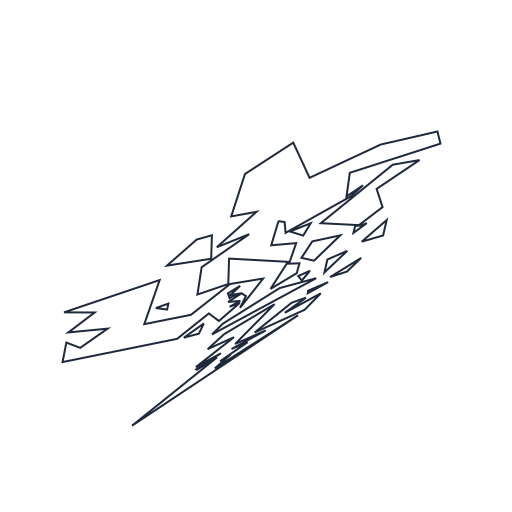 the Territory of Nunavut, rotated 147°
{"feature_id": "CAN-634", "entity_name": "Nunavut", "entity_type": "Territory", "adm_level": 1, "iso_a3": "CAN", "parent_name": "Canada", "parent_adm1": "", "projection": "equal_earth", "projection_center": [-85.605, 67.518], "detail": "medium", "context": "isolated", "style": "outline", "palette": "slate", "viewbox_px": 512, "rotation_deg": 147, "n_neighbors": 0, "source": "natural_earth", "source_scale": "10m", "svg_char_len": 1954}
<svg xmlns="http://www.w3.org/2000/svg" viewBox="0 0 512 512"><g transform="rotate(147 256 256)"><path d="M144.1,254.4L218.6,259.3L213.5,268.9L217.8,272.7L219.2,272.1L237.4,256.7L215.3,244.9L231.0,232.7L280.0,268.5L294.5,247.6L326.1,255.6L307.7,276.2L249.8,278.0L284.1,284.7L231.5,292.8L255.2,302.7L220.6,330.8L163.0,330.8L168.5,292.4L90.8,281.6L36.0,261.6L40.1,249.8L132.0,274.7L147.6,256.7L127.8,257.0L144.1,254.4ZM349.9,288.3L386.8,259.7L342.6,242.1L292.9,246.6L262.3,233.2L297.6,221.2L286.3,227.9L288.5,232.7L299.6,237.5L297.1,237.5L285.5,239.6L299.9,240.0L301.1,235.0L296.6,234.9L294.5,233.4L291.2,232.8L291.0,232.6L304.4,232.6L293.6,226.9L305.8,227.8L295.2,225.5L322.5,221.7L326.8,233.5L367.3,229.5L476.0,272.4L462.2,286.7L453.5,274.7L420.0,275.9L455.0,294.1L422.1,296.5L447.7,313.3L349.9,288.3ZM452.4,181.2L343.9,192.2L367.6,192.8L367.9,193.5L338.5,193.5L366.9,195.6L318.7,199.9L347.3,204.2L324.9,207.8L266.7,205.5L321.4,193.6L288.3,188.3L327.2,191.3L309.9,188.3L343.5,187.3L331.0,187.2L351.7,184.2L253.0,183.4L452.4,181.2ZM123.2,228.1L152.8,225.8L183.8,248.2L91.6,258.1L66.6,247.4L118.3,246.6L123.2,228.1ZM222.0,189.4L244.5,184.4L298.8,192.6L251.5,197.4L236.8,193.8L262.8,192.7L222.0,189.4ZM335.6,214.2L320.5,217.3L253.6,216.2L217.6,204.6L335.6,214.2ZM218.9,229.7L200.8,237.6L174.1,227.4L209.9,220.5L218.9,229.7ZM335.9,296.4L296.8,302.1L281.7,297.4L295.1,278.1L335.9,296.4ZM261.7,220.5L234.5,232.8L223.5,226.2L231.2,219.4L261.7,220.5ZM207.6,204.9L198.0,214.2L176.6,210.6L207.6,204.9ZM126.8,215.0L138.2,204.0L159.5,210.4L126.8,215.0ZM168.8,197.1L188.2,193.4L205.3,198.0L168.8,197.1ZM336.5,227.8L346.2,222.0L361.0,226.8L336.5,227.8ZM205.3,247.4L214.2,258.1L192.3,253.7L205.3,247.4ZM230.9,210.5L231.5,216.2L218.8,214.2L230.9,210.5ZM231.2,198.5L209.7,194.8L232.9,196.6L231.2,198.5ZM359.7,259.5L368.4,266.9L355.4,263.8L359.7,259.5ZM161.7,222.3L156.5,227.2L151.3,224.4L145.2,223.2L161.7,222.3Z" fill="none" stroke="#1e293b" stroke-width="2"/></g></svg>